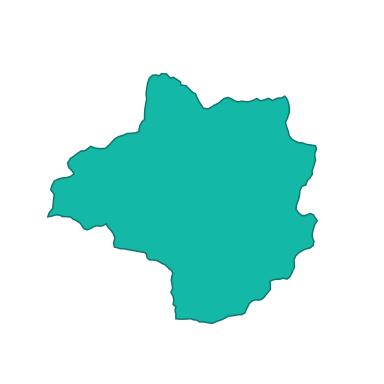 Itamonte, Minas Gerais, Brazil, rotated 202°
{"feature_id": "56859067B95812833823274", "entity_name": "Itamonte", "entity_type": "district", "adm_level": 2, "iso_a3": "BRA", "parent_name": "Brazil", "parent_adm1": "Minas Gerais", "projection": "equal_earth", "projection_center": [-44.75, -22.29], "detail": "fine", "context": "isolated", "style": "filled", "palette": "teal", "viewbox_px": 384, "rotation_deg": 202, "n_neighbors": 0, "source": "geoboundaries", "source_scale": "gbopen_adm2", "svg_char_len": 3009}
<svg xmlns="http://www.w3.org/2000/svg" viewBox="0 0 384 384"><g transform="rotate(202 192 192)"><path d="M173.9,91.0L170.4,88.2L168.3,84.8L167.4,80.6L164.0,79.6L163.3,75.6L161.0,72.4L159.5,68.4L156.4,69.3L153.1,70.6L148.6,72.6L145.4,74.1L142.5,74.1L139.7,75.0L136.6,74.3L133.7,75.6L130.0,76.4L124.2,77.7L121.2,80.6L119.1,82.7L116.8,84.5L114.2,87.4L111.7,90.6L109.2,91.8L106.8,93.2L104.0,95.1L100.0,96.9L97.7,99.7L97.6,103.6L97.1,110.1L95.5,113.4L93.2,115.6L90.3,116.5L87.6,118.1L85.8,121.2L84.3,126.4L82.9,131.0L84.2,134.5L86.4,138.3L83.9,141.0L81.1,142.7L78.2,143.8L75.3,146.1L71.1,147.0L69.5,150.3L69.1,155.8L68.9,160.9L70.5,164.4L72.1,167.2L71.9,171.4L70.7,174.8L68.8,177.7L66.2,180.8L64.0,182.6L61.5,184.4L59.7,187.8L60.4,191.9L62.6,194.0L64.7,197.7L65.5,202.2L66.0,207.6L65.1,212.4L68.0,214.1L70.9,216.3L74.4,216.4L77.8,212.8L81.3,211.3L85.4,212.6L89.0,214.8L90.3,219.7L90.4,224.5L90.9,228.5L92.5,233.8L92.2,238.4L89.0,241.3L89.4,245.6L87.9,249.5L87.1,253.2L88.6,256.9L88.9,262.4L89.3,267.6L91.4,271.0L92.7,274.1L92.6,278.4L94.8,281.1L98.7,280.3L103.3,279.1L107.8,278.9L112.0,277.6L115.7,277.8L119.3,278.4L123.1,280.6L125.4,284.2L128.2,287.3L131.4,291.4L131.2,295.6L131.6,302.3L133.5,307.1L136.3,311.2L139.3,314.3L141.9,315.6L144.1,312.7L146.7,311.7L149.1,309.9L151.6,306.9L155.9,307.6L158.8,305.0L162.8,302.1L166.8,303.0L170.3,299.2L173.7,296.6L177.0,295.6L179.8,294.9L183.0,292.8L186.3,292.5L189.4,293.0L193.9,293.2L197.1,290.8L198.9,287.8L200.3,284.7L203.7,281.1L205.7,278.2L208.0,275.2L212.8,273.9L219.8,278.8L223.5,282.1L225.6,284.5L228.4,284.5L232.2,286.1L237.3,288.2L242.3,287.1L243.9,289.7L247.9,290.6L252.1,291.4L254.6,289.3L259.8,291.9L264.6,290.4L265.9,287.4L269.1,287.1L272.3,285.5L274.2,281.4L273.9,276.0L272.5,270.1L271.3,265.6L268.8,261.0L267.6,254.7L266.3,249.7L264.7,245.2L263.2,241.5L264.7,238.4L265.2,233.7L264.0,228.2L265.9,226.0L268.7,224.5L271.7,223.0L274.2,221.9L276.5,219.3L278.9,217.4L281.0,215.6L283.4,212.4L284.9,208.9L286.1,205.2L288.6,200.0L292.5,198.2L296.0,197.0L299.2,196.3L302.9,196.5L305.1,192.6L307.1,189.8L310.0,188.7L312.6,185.0L315.4,180.3L317.3,177.6L318.2,172.0L315.0,168.3L311.1,166.7L308.2,164.6L310.6,160.7L313.8,158.3L316.5,156.9L318.9,155.5L321.5,153.2L323.7,150.7L324.3,145.9L323.8,141.0L321.1,139.7L318.6,137.7L317.7,133.6L316.4,129.4L315.0,124.7L316.6,119.5L316.4,115.0L313.1,116.9L310.9,119.0L308.4,120.3L305.8,121.0L302.7,120.7L298.9,122.2L295.2,123.3L291.9,122.3L289.1,122.2L286.5,121.7L283.8,121.2L281.1,119.2L278.3,117.5L274.9,117.7L271.9,120.5L270.2,123.0L268.0,124.9L265.5,125.6L262.3,127.1L259.7,130.3L256.4,127.7L252.8,126.1L249.6,124.0L246.3,120.7L245.6,115.6L243.4,111.9L240.6,112.3L237.1,112.6L233.7,113.9L230.1,114.5L227.3,115.2L223.5,116.0L219.7,116.8L216.6,117.3L213.6,118.1L211.1,117.5L209.1,114.3L206.2,113.2L202.5,114.5L198.9,115.3L196.2,115.1L193.2,114.5L190.1,114.5L187.3,113.6L184.6,112.3L181.8,111.6L179.4,109.7L179.0,106.1L178.3,102.7L176.0,99.1L173.8,95.4L173.9,91.0Z" fill="#14b8a6" stroke="#0f766e" stroke-width="1.5"/></g></svg>